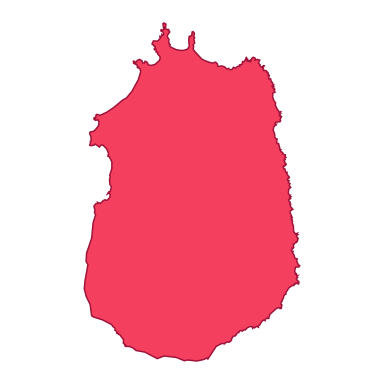 outline of Nossa Senhora Da Luz, Maio, Cabo Verde
{"feature_id": "66160863B67599039999674", "entity_name": "Nossa Senhora Da Luz", "entity_type": "district", "adm_level": 2, "iso_a3": "CPV", "parent_name": "Cabo Verde", "parent_adm1": "Maio", "projection": "orthographic", "projection_center": [-23.146, 15.227], "detail": "fine", "context": "isolated", "style": "filled", "palette": "rose", "viewbox_px": 384, "rotation_deg": 0, "n_neighbors": 0, "source": "geoboundaries", "source_scale": "gbopen_adm2", "svg_char_len": 5895}
<svg xmlns="http://www.w3.org/2000/svg" viewBox="0 0 384 384"><path d="M280.0,119.8L281.3,117.0L280.6,117.1L280.7,115.7L279.6,115.7L280.2,115.0L279.2,113.2L280.0,112.4L280.0,112.8L280.5,112.9L280.0,112.3L280.4,111.9L279.2,112.0L277.2,109.1L275.3,105.1L275.6,102.9L273.9,100.6L272.6,97.0L272.9,93.1L275.0,92.2L274.2,90.6L274.8,89.9L273.7,89.0L274.3,88.3L272.9,87.8L272.7,87.0L273.4,86.5L272.4,86.3L273.4,85.8L273.0,85.4L273.7,84.5L272.6,83.9L272.3,82.3L271.3,81.8L270.7,79.0L270.1,79.0L270.6,78.7L269.6,78.8L268.7,77.9L269.3,75.2L268.1,75.2L268.3,73.1L266.9,72.3L267.3,72.0L266.1,70.7L263.5,70.5L263.7,69.5L262.7,68.7L264.2,65.8L263.5,65.6L261.8,67.2L261.2,66.9L260.0,65.7L260.1,64.8L258.4,63.1L259.7,60.1L257.1,59.4L255.2,60.1L255.2,58.3L253.3,57.3L251.8,58.3L250.8,61.1L250.3,60.3L249.8,61.2L249.4,60.7L248.4,61.3L248.1,60.4L247.5,60.7L247.5,59.6L246.9,60.0L247.1,58.7L246.3,57.5L245.8,58.2L246.3,59.9L245.2,59.9L244.0,61.8L242.6,61.6L242.1,64.2L239.6,64.9L239.9,66.2L237.9,66.2L235.7,68.1L233.4,67.3L231.8,69.7L229.9,69.6L228.5,68.4L226.8,69.0L224.8,67.0L222.1,66.0L217.9,66.4L217.3,63.7L215.7,62.3L214.9,62.1L213.3,63.1L210.6,62.7L204.4,60.5L201.5,58.8L194.2,50.8L193.1,48.6L193.7,46.5L193.0,45.0L194.7,42.9L193.8,38.9L194.7,37.7L193.8,36.8L194.5,33.3L193.1,31.6L192.1,32.0L191.7,35.6L190.1,36.0L189.6,37.1L189.1,36.8L188.7,40.6L189.3,46.2L187.6,49.0L184.3,50.3L181.1,50.5L176.0,49.6L170.8,47.1L169.8,46.2L170.2,44.8L169.2,44.3L169.4,43.4L168.6,42.3L169.0,39.4L167.3,36.8L167.7,34.7L169.7,32.1L169.5,31.2L168.5,30.8L168.7,29.5L166.2,29.4L165.5,28.0L165.9,24.1L163.8,23.0L162.9,23.8L163.4,26.5L164.3,27.3L164.1,28.5L163.6,28.3L163.8,29.0L163.2,29.2L163.8,29.3L163.1,30.1L161.1,29.7L160.9,30.9L163.1,32.1L163.8,34.5L162.7,35.3L161.9,34.5L161.7,36.1L160.7,36.3L160.7,36.9L159.9,36.5L160.2,38.3L158.4,40.3L157.1,41.1L153.4,40.9L152.0,43.9L153.5,45.0L153.5,45.7L155.0,46.2L155.3,48.0L154.3,48.4L154.4,49.7L155.9,49.5L156.1,51.6L155.4,51.7L157.7,52.4L157.5,53.8L160.1,56.7L160.0,59.0L159.1,60.8L154.9,64.5L151.3,65.4L148.3,64.9L147.4,62.6L146.0,61.5L145.0,61.3L144.4,63.0L142.7,63.0L141.9,60.7L139.3,59.4L137.2,60.5L135.7,63.0L134.9,62.8L134.7,61.3L133.4,61.2L133.6,63.3L137.2,65.0L137.3,66.8L138.4,67.2L137.8,67.7L140.1,68.9L140.7,71.7L138.3,79.7L132.0,91.2L126.6,97.8L122.2,100.4L113.9,107.4L106.6,112.3L99.9,115.4L97.0,114.3L96.0,115.0L95.8,117.2L94.7,117.6L95.0,118.3L94.0,118.2L94.0,119.3L95.3,120.2L98.2,120.0L98.9,121.8L98.9,124.4L98.0,126.5L95.0,130.1L92.9,131.5L90.0,132.1L89.7,133.6L91.0,136.9L91.2,140.6L90.3,141.4L90.5,142.8L89.7,145.3L91.1,145.7L94.2,145.1L95.2,144.0L99.5,147.1L100.6,145.3L102.8,145.0L106.6,148.8L108.6,153.5L107.8,156.1L109.4,156.9L111.9,162.0L111.8,168.4L109.7,175.5L110.2,176.9L109.5,179.7L109.9,184.4L111.4,186.8L110.2,191.5L108.7,191.9L107.6,193.9L109.2,193.0L110.2,194.8L109.9,196.9L108.8,198.6L107.1,200.3L105.0,199.8L103.4,200.5L100.2,203.5L97.7,202.4L98.0,203.1L95.6,203.9L93.9,206.3L95.1,210.6L94.4,212.2L95.6,214.8L93.1,222.9L91.7,238.1L86.6,253.1L86.1,261.5L87.9,264.6L84.9,281.6L84.3,288.9L86.3,296.6L90.2,304.6L91.6,315.7L93.7,317.1L102.2,319.7L111.8,324.7L112.7,326.4L115.1,328.1L114.9,330.2L116.8,331.6L116.9,333.3L117.8,333.1L118.5,334.4L119.6,334.5L123.4,339.5L123.4,343.2L123.9,343.2L124.7,344.8L124.8,344.2L125.3,345.7L125.6,345.3L125.9,345.8L125.6,346.3L129.9,346.6L132.9,347.9L136.0,350.5L144.8,352.1L157.3,358.6L164.1,356.0L176.2,357.4L184.4,360.7L187.6,360.0L196.8,361.0L203.4,359.6L207.2,358.0L207.9,359.0L216.2,346.4L221.9,343.4L224.7,343.9L225.2,343.0L227.1,342.0L229.3,342.2L231.5,340.3L231.4,339.2L233.2,336.3L235.5,335.8L237.2,333.1L238.8,332.5L238.6,332.1L239.9,330.8L241.4,330.5L242.1,331.2L244.1,329.7L245.2,330.0L247.4,327.7L249.8,326.6L252.0,326.6L252.6,328.1L253.1,327.2L254.0,327.1L254.3,327.9L256.7,326.3L258.0,326.4L257.8,326.9L258.4,327.2L258.2,326.0L259.5,325.3L262.0,321.1L263.7,320.1L265.1,320.6L264.9,319.8L265.8,318.6L268.7,318.4L268.2,317.3L269.1,316.9L270.0,314.2L276.1,308.7L278.7,307.6L279.9,307.7L280.1,308.6L281.3,308.3L281.9,305.0L281.0,304.5L281.0,302.7L282.2,301.0L282.4,299.2L283.3,298.6L283.8,296.1L285.1,294.3L285.8,294.3L286.1,292.3L288.8,288.0L292.4,285.4L293.9,285.5L294.0,284.4L295.2,283.3L295.7,283.9L296.7,283.0L297.8,283.2L298.2,284.0L298.9,283.1L298.7,281.3L297.4,280.8L296.4,278.5L297.6,277.3L296.9,276.1L297.5,275.6L296.8,275.7L296.7,274.8L295.6,274.2L296.2,273.5L295.1,272.9L294.7,270.6L295.7,267.0L298.8,267.0L299.7,265.7L298.2,264.6L296.6,260.7L297.2,258.9L294.9,258.3L294.0,254.9L292.6,253.2L293.1,251.6L292.3,251.9L291.3,250.3L292.3,249.3L292.2,248.0L293.0,248.3L293.7,247.4L293.3,244.2L294.3,244.0L295.6,242.4L296.3,242.5L297.2,240.9L297.2,241.4L297.3,241.4L298.1,238.3L297.5,238.4L296.4,235.6L297.3,235.0L296.5,234.5L297.5,234.4L296.6,233.8L297.0,233.4L295.5,233.8L293.6,231.5L293.4,226.1L292.1,222.4L292.6,221.2L291.9,220.3L292.2,219.5L291.3,218.9L292.3,217.5L291.0,216.7L291.6,216.2L290.0,212.2L290.2,211.1L291.4,210.1L292.5,209.4L293.3,209.8L290.3,206.3L290.7,204.3L289.7,204.0L290.3,202.3L288.7,200.9L288.9,199.3L289.9,199.2L289.9,198.2L290.5,198.2L289.8,197.1L290.8,196.7L289.8,196.2L290.2,195.3L289.7,195.4L288.3,193.1L288.9,188.8L290.7,187.5L290.1,186.8L290.7,186.3L290.0,186.6L289.2,185.6L290.0,183.5L288.3,182.6L289.0,180.6L287.4,180.0L288.5,177.6L289.2,177.8L289.4,177.3L286.9,174.2L287.2,172.4L285.9,172.3L284.8,169.0L284.3,169.3L283.2,167.1L283.6,166.0L284.5,166.1L284.6,165.2L285.4,165.3L286.3,164.2L284.9,162.8L284.7,161.2L284.1,160.7L285.0,159.6L284.5,159.5L284.4,158.5L286.0,157.5L285.1,156.4L285.4,154.9L282.8,154.0L282.8,152.7L280.7,151.3L280.1,149.9L280.8,149.6L279.4,148.6L279.7,147.6L278.5,143.4L277.1,143.5L276.6,142.9L277.1,139.0L276.0,138.7L274.7,136.9L274.8,134.7L273.2,130.0L273.8,126.8L275.4,125.2L276.4,125.4L275.8,124.9L276.3,124.3L275.2,124.3L275.0,123.4L276.0,122.2L280.0,121.7L280.6,120.8L280.0,119.8Z" fill="#f43f5e" stroke="#9f1239" stroke-width="1.5"/></svg>